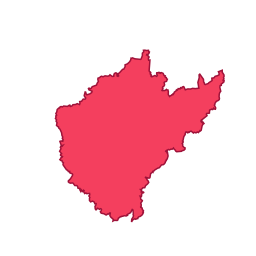 the district of Zimapán, Hidalgo, Mexico, rotated 24°
{"feature_id": "50627088B91446293521910", "entity_name": "Zimapán", "entity_type": "district", "adm_level": 2, "iso_a3": "MEX", "parent_name": "Mexico", "parent_adm1": "Hidalgo", "projection": "robinson", "projection_center": [-99.362, 20.762], "detail": "fine", "context": "isolated", "style": "filled", "palette": "rose", "viewbox_px": 256, "rotation_deg": 24, "n_neighbors": 0, "source": "geoboundaries", "source_scale": "gbopen_adm2", "svg_char_len": 5843}
<svg xmlns="http://www.w3.org/2000/svg" viewBox="0 0 256 256"><g transform="rotate(24 128 128)"><path d="M168.6,158.0L168.3,157.5L169.1,156.8L169.4,155.7L171.4,152.7L172.8,151.5L173.6,148.1L175.1,147.2L175.7,146.2L176.1,144.5L175.8,143.2L176.3,142.2L175.9,141.6L176.4,140.4L176.0,137.3L174.5,135.0L174.0,134.9L174.1,134.5L171.9,133.9L171.9,133.6L172.5,132.6L173.1,132.7L172.9,132.2L173.6,131.2L174.7,131.2L175.9,129.8L177.0,129.4L177.7,127.8L178.7,128.6L180.4,129.1L181.0,129.7L182.1,129.9L186.4,127.5L186.7,126.7L188.1,125.6L188.7,124.0L188.1,122.9L187.5,123.1L185.3,122.2L184.6,120.7L183.8,120.1L184.2,118.9L183.8,118.6L183.8,117.8L183.1,117.6L183.3,116.9L182.5,113.2L182.9,110.7L182.5,109.9L182.6,108.0L184.3,107.6L183.9,108.0L184.4,108.2L185.5,107.1L184.6,106.5L185.6,107.0L186.3,105.7L187.1,105.2L189.8,106.0L190.2,105.0L192.1,104.8L192.9,103.5L194.2,103.5L194.2,102.9L195.0,101.8L194.8,101.3L195.3,101.3L195.8,100.3L194.8,95.8L194.9,94.3L195.6,93.0L193.8,92.0L193.3,92.2L193.5,92.9L192.5,92.6L191.8,92.0L191.8,91.1L192.4,91.3L192.4,90.0L195.2,84.6L194.0,83.6L193.9,82.8L196.3,81.3L195.3,78.4L196.8,76.7L197.5,76.9L198.0,76.5L198.1,75.2L199.0,75.6L200.2,75.3L200.0,74.0L197.6,72.0L197.8,71.3L197.4,70.1L197.9,67.6L199.0,66.5L199.8,65.0L199.5,63.7L198.5,62.4L197.6,60.0L197.4,58.4L197.8,56.7L195.3,53.5L194.9,51.8L195.9,51.1L195.3,49.8L196.3,48.4L196.2,47.6L196.8,47.2L196.6,45.7L196.1,45.3L195.4,45.5L195.6,44.0L194.8,43.2L194.7,41.6L194.0,40.4L191.4,38.7L190.6,36.9L187.7,39.8L188.9,40.9L189.6,42.3L188.5,43.8L186.6,45.3L186.1,47.2L184.3,48.4L185.5,50.5L183.4,53.8L183.3,54.6L180.9,56.9L180.1,56.8L179.4,55.8L178.4,55.2L177.1,52.8L171.7,49.6L171.3,50.5L172.6,53.1L173.3,57.9L176.5,62.8L173.6,64.6L170.9,65.5L169.2,67.0L166.7,68.0L164.8,69.8L162.2,67.6L161.8,67.6L160.9,68.5L160.9,69.7L159.6,69.8L159.7,71.0L157.8,71.6L157.8,72.9L157.4,73.6L156.8,73.5L156.9,74.2L155.7,76.5L155.8,78.0L155.2,78.5L155.6,79.1L154.4,80.0L154.5,80.5L153.6,81.3L153.2,82.3L151.2,81.1L150.1,78.4L149.0,77.0L148.0,77.4L147.4,77.1L146.8,78.4L145.6,79.3L144.4,79.4L144.2,79.9L143.8,79.9L143.9,77.8L143.2,77.5L143.0,76.3L143.7,75.7L143.9,73.7L142.5,71.8L142.6,71.2L144.2,69.7L144.1,67.4L143.3,67.3L142.4,66.3L141.5,66.5L140.9,65.9L140.8,65.2L139.7,65.4L137.8,63.8L136.0,63.8L135.5,64.3L134.3,64.5L134.7,64.9L133.1,65.1L131.8,65.9L132.2,67.0L133.4,68.0L133.2,69.2L131.2,69.1L129.0,71.5L128.2,71.5L128.2,70.7L126.9,70.1L127.2,69.6L125.8,68.8L126.1,68.0L124.1,67.3L120.4,57.0L119.3,57.7L118.4,56.5L118.4,54.7L117.7,54.7L117.7,54.2L116.3,53.6L115.3,53.7L115.3,53.1L116.3,52.7L116.6,52.0L116.8,50.6L116.6,49.8L115.9,49.9L115.1,48.7L113.4,49.7L111.8,50.0L110.5,50.7L111.4,52.0L110.7,53.8L111.7,56.1L111.9,59.7L111.6,60.2L106.1,62.0L103.6,62.1L102.9,62.9L102.4,62.9L102.8,65.0L102.5,67.0L101.4,69.6L99.6,71.5L100.4,73.0L100.2,76.0L99.2,76.6L97.7,81.2L96.9,82.3L97.0,83.0L98.2,84.2L97.9,84.9L97.0,85.0L95.5,82.6L94.5,82.5L93.4,83.7L93.5,85.5L94.0,86.3L93.6,86.8L92.5,87.3L89.9,86.7L89.5,88.0L88.4,88.9L85.8,89.7L84.3,91.4L82.9,91.4L82.0,92.3L81.6,93.5L80.3,94.7L80.8,96.1L82.0,97.5L81.6,99.7L81.8,101.6L78.5,104.8L78.2,106.9L77.5,107.4L76.2,107.4L75.8,108.0L76.7,109.0L80.2,109.0L80.4,110.4L79.2,112.4L76.9,114.4L76.1,114.1L74.7,112.4L74.2,112.5L74.8,116.2L75.7,117.1L76.8,117.4L77.3,118.5L76.9,119.2L75.3,119.8L74.7,122.5L73.1,123.5L74.0,124.7L74.2,126.3L71.7,126.4L70.6,127.8L68.2,129.1L67.9,130.5L66.8,131.7L66.2,131.6L65.8,130.8L65.2,130.9L63.9,132.9L60.3,134.1L59.5,135.4L58.1,135.6L57.3,136.5L57.3,137.6L56.7,137.8L55.8,139.9L56.4,142.4L56.2,144.1L57.6,145.3L57.1,146.4L57.9,147.5L57.8,148.8L59.4,149.6L59.5,151.0L61.0,152.0L61.6,154.7L63.3,155.3L64.0,155.2L64.9,156.3L66.4,156.8L69.2,159.3L70.8,161.8L71.8,162.5L72.2,163.3L72.1,164.1L73.4,164.9L73.6,165.5L73.2,166.0L73.7,166.7L72.0,167.2L71.2,167.9L74.1,171.0L75.0,170.9L75.5,170.4L75.2,171.6L74.1,172.0L74.0,173.1L74.9,173.7L75.2,174.5L75.0,177.1L77.8,178.5L77.2,179.5L77.5,180.4L79.8,180.8L79.7,181.4L78.8,182.2L79.0,183.0L78.6,184.6L79.8,185.0L80.9,184.6L81.8,185.7L83.1,186.0L83.3,187.5L84.0,188.3L88.8,191.2L90.1,191.2L91.3,192.1L92.4,191.4L92.9,192.4L93.3,192.7L95.6,192.5L96.3,192.9L96.6,194.1L96.1,197.8L95.0,200.6L95.4,201.5L96.6,201.9L97.9,201.8L99.6,200.8L100.4,200.8L102.8,202.2L104.7,201.4L105.6,201.8L106.9,203.4L108.8,202.8L109.1,204.0L110.7,205.2L110.6,203.6L112.2,204.5L112.6,202.9L113.4,203.1L113.3,204.2L115.1,205.5L115.6,204.8L116.2,204.5L116.9,204.8L119.5,203.4L120.3,204.7L119.9,206.0L121.4,206.9L121.4,207.9L122.3,209.9L123.9,210.7L125.4,209.2L127.3,209.4L128.5,210.7L129.6,210.1L130.0,211.4L129.7,213.0L130.9,215.1L131.7,215.8L132.4,215.5L132.6,213.9L132.9,213.6L135.1,213.9L135.6,212.9L136.2,212.8L136.9,213.2L137.2,214.6L136.8,215.7L137.6,216.4L138.2,216.7L141.2,216.1L142.9,216.4L143.8,216.1L144.2,214.9L145.2,214.6L145.8,213.1L146.4,212.9L147.1,215.4L148.5,216.4L151.8,217.5L152.1,219.1L153.1,217.9L155.7,216.9L156.1,216.3L155.9,214.2L156.8,213.1L157.0,212.2L157.9,211.8L158.4,211.0L159.1,210.8L160.1,209.7L162.1,209.1L162.9,208.2L162.4,208.1L162.4,207.5L164.8,204.3L165.0,200.7L165.9,200.9L167.7,204.1L167.9,205.1L168.6,205.7L168.9,207.3L168.5,209.8L169.4,212.4L169.8,209.9L171.2,208.1L172.0,208.3L173.5,206.9L173.8,206.7L173.5,206.0L174.0,204.7L175.0,203.9L176.1,202.1L176.5,200.2L176.0,199.6L176.4,199.3L176.3,198.5L175.6,198.0L175.7,197.2L174.3,196.6L173.4,195.3L171.8,195.2L171.6,194.8L171.9,194.1L171.0,192.2L170.3,191.7L170.2,191.0L170.7,189.3L170.6,188.4L168.6,187.9L167.6,186.1L166.8,185.4L168.1,185.1L168.0,184.3L167.5,183.7L167.4,181.5L168.5,180.9L168.6,180.5L168.2,180.2L166.1,180.9L166.2,179.9L164.5,179.1L165.3,178.7L165.8,176.7L167.6,175.7L167.5,173.5L168.6,171.3L169.1,169.3L168.0,168.2L166.3,167.5L166.1,166.8L163.5,165.9L167.5,165.3L168.1,164.8L168.2,164.3L167.2,160.4L168.2,158.8L168.2,157.9L168.6,158.0Z" fill="#f43f5e" stroke="#9f1239" stroke-width="1.5"/></g></svg>